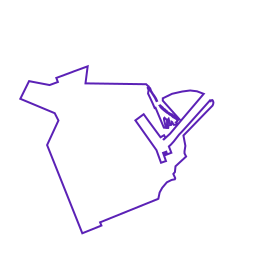 92, Al Wakrah, Qatar (Mercator projection), rotated 338°
{"feature_id": "91078587B57954650204567", "entity_name": "92", "entity_type": "district", "adm_level": 2, "iso_a3": "QAT", "parent_name": "Qatar", "parent_adm1": "Al Wakrah", "projection": "mercator", "projection_center": [51.612, 25.031], "detail": "fine", "context": "isolated", "style": "outline", "palette": "violet", "viewbox_px": 256, "rotation_deg": 338, "n_neighbors": 0, "source": "geoboundaries", "source_scale": "gbopen_adm2", "svg_char_len": 2342}
<svg xmlns="http://www.w3.org/2000/svg" viewBox="0 0 256 256"><g transform="rotate(338 128 128)"><path d="M46.2,208.5L66.8,208.5L66.8,205.0L129.6,205.0L133.2,199.6L137.4,196.2L143.7,192.9L148.8,192.5L149.6,192.6L152.2,193.1L153.0,192.2L152.8,187.6L155.0,186.4L157.7,181.3L171.2,176.2L170.9,172.7L171.7,170.7L174.5,166.1L176.2,157.6L176.6,155.7L183.3,152.8L206.5,142.5L214.8,138.9L216.1,137.5L216.8,136.2L216.9,134.8L216.8,134.0L216.5,133.6L215.6,133.6L214.8,134.1L214.4,133.1L183.9,148.1L176.4,151.7L173.0,153.2L165.4,157.6L161.5,159.5L159.0,160.4L158.9,167.2L152.6,167.1L152.6,166.0L154.5,166.0L154.6,164.3L151.2,164.2L150.8,172.9L149.8,172.8L145.6,172.6L146.1,159.2L137.7,123.7L147.7,121.1L149.8,129.7L154.7,148.8L158.7,148.2L159.1,151.0L156.9,151.8L157.0,152.0L164.7,149.1L169.3,146.7L180.1,140.9L211.0,124.7L205.7,119.8L199.7,116.5L192.0,114.5L181.7,112.8L171.5,113.5L171.4,113.5L170.5,115.7L178.8,138.7L177.8,138.3L177.6,137.7L176.6,136.0L175.9,135.3L175.6,134.3L174.1,132.6L173.8,131.6L173.1,131.4L171.3,128.9L170.6,128.2L170.3,126.8L169.9,126.5L169.3,124.8L168.3,123.5L167.6,121.4L167.3,121.1L166.9,120.1L166.6,119.7L166.4,119.1L165.8,119.1L165.9,119.4L165.9,120.7L166.9,123.1L167.3,123.5L167.6,124.5L168.6,126.2L169.9,128.5L170.6,129.2L171.6,131.2L172.6,132.2L173.9,134.9L174.9,136.0L175.3,136.6L176.3,138.0L177.4,139.3L176.4,139.3L176.1,140.4L174.7,140.7L174.9,141.0L174.9,141.7L174.6,142.0L174.4,143.0L171.6,142.2L171.4,141.3L171.2,140.4L171.2,139.8L171.2,139.1L170.9,138.7L170.7,139.3L170.3,139.5L170.5,139.5L170.3,140.2L169.7,140.7L169.1,141.3L168.6,141.1L168.3,141.1L168.1,141.0L167.9,141.0L168.3,140.6L168.5,140.3L169.1,134.6L167.7,135.3L167.5,136.6L165.6,141.6L165.7,142.3L165.6,142.5L165.3,143.0L164.5,142.7L164.9,141.2L166.5,136.9L166.9,136.3L166.9,134.6L165.9,132.9L165.7,132.2L165.0,132.5L164.5,133.9L163.5,140.5L163.3,141.0L163.3,141.3L163.1,141.5L163.1,142.0L161.4,141.1L161.1,119.5L160.2,119.5L160.1,114.7L159.8,108.6L159.5,103.6L160.3,102.2L161.3,100.5L161.3,98.1L161.9,97.8L163.7,106.9L164.3,110.3L164.5,113.7L165.1,113.7L165.0,111.0L164.3,107.2L164.0,106.6L163.3,102.2L163.4,99.5L162.7,97.8L162.7,97.1L162.4,96.8L161.2,94.2L105.3,70.7L113.7,55.7L98.8,55.2L96.9,55.2L80.3,54.7L80.2,59.1L71.4,58.8L53.8,47.5L39.1,60.6L65.6,86.8L66.3,95.0L46.6,113.5L46.2,208.5Z" fill="none" stroke="#5b21b6" stroke-width="2"/></g></svg>